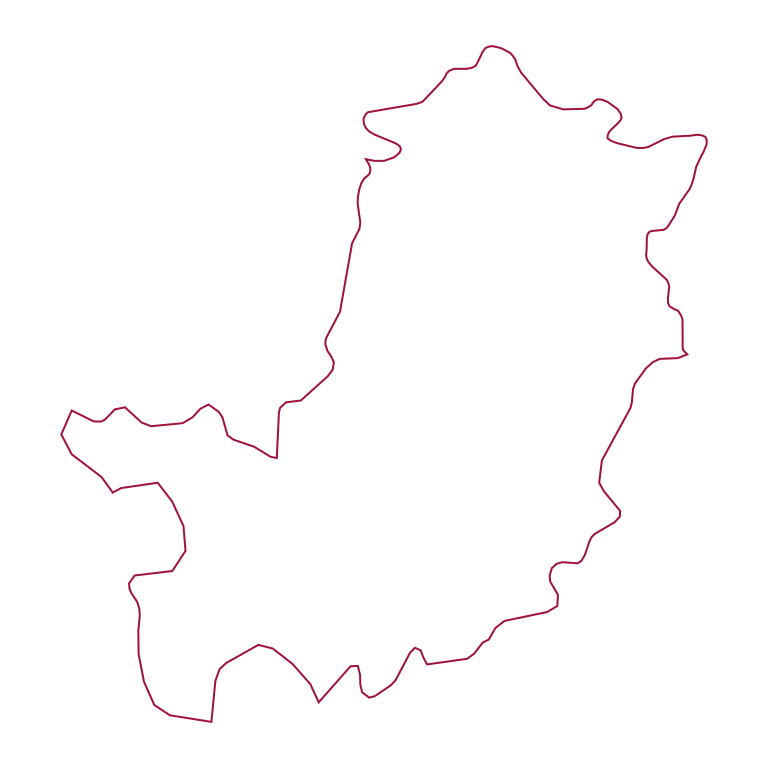 Firenze, Mercator projection
{"feature_id": "ITA-5386", "entity_name": "Firenze", "entity_type": "Province", "adm_level": 1, "iso_a3": "ITA", "parent_name": "Italy", "parent_adm1": "", "projection": "mercator", "projection_center": [11.33, 43.844], "detail": "fine", "context": "isolated", "style": "outline", "palette": "rose", "viewbox_px": 768, "rotation_deg": 0, "n_neighbors": 0, "source": "natural_earth", "source_scale": "10m", "svg_char_len": 2954}
<svg xmlns="http://www.w3.org/2000/svg" viewBox="0 0 768 768"><path d="M112.6,492.6L112.5,492.2L101.5,477.0L71.8,454.4L61.3,434.5L71.7,410.5L93.7,421.4L101.0,421.6L105.0,419.6L114.8,409.4L125.0,407.3L141.5,422.5L151.1,426.2L182.6,423.2L192.5,417.3L200.5,408.7L208.6,404.5L218.9,412.0L222.5,417.6L227.5,435.3L233.3,439.6L254.2,446.8L270.8,456.9L276.8,458.0L278.9,412.8L280.0,408.0L286.1,402.3L300.8,400.5L327.8,376.2L332.7,369.6L333.9,362.4L331.3,356.6L327.5,351.0L325.4,344.5L325.5,340.7L326.3,337.8L340.0,311.7L352.1,243.2L359.4,229.0L360.3,222.8L357.6,203.0L358.0,196.5L359.2,189.6L361.3,183.2L364.4,178.2L367.9,175.5L369.4,173.9L370.3,171.1L370.2,167.7L369.1,164.6L365.9,159.2L374.5,160.9L384.1,160.9L394.4,157.2L399.6,152.6L400.9,149.4L400.1,146.7L398.0,144.8L395.4,143.2L375.0,134.8L369.8,131.9L367.7,130.0L365.9,127.9L364.5,125.3L363.7,122.6L363.5,119.4L364.4,116.6L365.9,114.1L368.1,112.2L416.4,103.9L422.5,101.8L441.9,81.3L444.9,77.1L445.8,75.2L446.7,73.2L449.4,70.7L454.2,68.8L465.9,68.9L471.5,67.9L475.2,66.2L476.9,63.9L482.1,52.9L483.6,50.5L485.4,48.2L488.2,46.8L491.9,46.1L498.0,47.3L501.9,48.5L510.2,52.9L512.5,55.5L515.1,59.1L517.5,66.1L521.1,72.6L543.0,98.8L550.1,105.5L563.4,109.4L569.0,109.2L584.4,108.8L587.6,107.5L591.3,105.3L592.9,102.8L594.8,100.8L597.4,99.3L601.8,99.6L607.6,101.9L617.5,109.0L620.7,113.8L621.6,117.9L620.4,120.4L618.4,122.7L610.7,130.1L608.8,132.5L607.7,135.4L607.5,138.2L611.0,140.8L617.0,143.1L636.2,147.8L642.6,148.1L648.4,146.9L664.1,139.1L672.3,136.7L689.6,135.7L691.4,135.6L696.9,134.8L699.8,135.0L703.0,135.7L705.6,137.1L706.7,140.1L706.6,144.4L703.5,152.0L701.2,156.0L696.2,166.9L693.4,179.1L691.5,184.9L689.7,189.0L679.2,203.8L675.8,213.1L674.2,216.6L667.7,226.7L665.7,228.7L663.1,229.9L652.5,230.9L649.5,231.7L647.5,234.5L646.8,238.9L646.6,250.4L646.1,254.2L646.5,257.8L648.1,261.6L652.3,266.7L666.7,279.7L668.2,282.7L669.2,286.6L667.9,298.8L668.1,303.1L669.6,306.4L674.4,309.2L678.1,310.8L681.1,315.5L682.5,319.4L682.7,349.5L687.3,354.4L677.9,358.1L659.6,358.9L652.8,362.1L645.9,368.4L634.9,383.6L633.0,389.2L631.9,401.9L630.5,407.9L601.9,460.4L599.2,482.7L603.6,490.8L620.1,510.9L619.8,516.6L614.8,522.1L594.6,534.0L591.9,536.8L589.6,540.9L584.9,554.8L581.5,560.7L577.6,563.3L562.1,562.2L556.5,563.9L551.9,568.1L549.7,575.4L550.2,581.5L558.0,594.9L557.3,606.0L547.2,612.0L504.5,620.9L495.5,627.9L488.8,639.5L482.8,642.6L474.1,653.7L467.1,658.8L427.1,664.4L423.5,657.8L420.7,650.3L414.9,647.8L410.2,652.5L395.5,680.3L390.8,685.3L374.7,696.2L369.2,697.6L362.1,692.3L360.3,684.5L360.1,675.3L357.9,666.0L350.6,666.2L318.7,702.3L310.4,684.2L292.5,663.9L272.7,648.5L258.4,644.9L226.3,662.9L219.7,669.0L215.4,680.8L211.4,721.9L169.9,715.3L154.3,705.0L144.0,681.7L138.6,654.1L138.3,630.7L139.8,615.7L139.3,608.6L137.0,601.6L131.6,593.5L129.6,589.2L129.0,583.4L134.7,575.5L172.3,571.0L185.5,550.9L183.5,526.1L172.2,501.6L157.7,482.7L121.3,488.0L112.6,492.6Z" fill="none" stroke="#9f1239" stroke-width="2"/></svg>